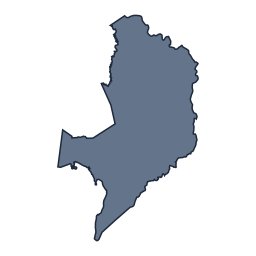 Santa Cruz de Yojoa, Cortés, Honduras
{"feature_id": "27666195B60496786118463", "entity_name": "Santa Cruz de Yojoa", "entity_type": "district", "adm_level": 2, "iso_a3": "HND", "parent_name": "Honduras", "parent_adm1": "Cortés", "projection": "equal_earth", "projection_center": [-87.884, 14.996], "detail": "fine", "context": "isolated", "style": "filled", "palette": "slate", "viewbox_px": 256, "rotation_deg": 0, "n_neighbors": 0, "source": "geoboundaries", "source_scale": "gbopen_adm2", "svg_char_len": 5715}
<svg xmlns="http://www.w3.org/2000/svg" viewBox="0 0 256 256"><path d="M94.4,238.6L94.9,239.3L96.5,240.6L97.4,240.6L98.0,240.3L99.0,239.2L102.0,232.3L114.5,220.9L130.2,207.2L132.5,206.6L133.7,205.7L134.2,204.4L135.1,201.2L136.8,197.2L138.2,197.0L139.0,196.4L140.8,192.9L141.6,192.6L142.6,191.6L143.3,191.5L144.0,190.8L144.8,190.8L145.1,190.5L145.4,189.5L145.4,188.5L144.7,187.1L144.7,186.8L145.3,186.1L146.8,185.0L147.2,182.7L147.7,181.6L148.7,181.5L149.4,181.1L150.4,181.1L150.9,180.8L153.7,180.6L154.0,180.4L154.2,179.6L154.5,179.4L155.6,180.4L156.9,180.5L158.5,178.8L158.4,178.2L157.7,177.7L157.7,177.4L160.3,176.9L160.7,177.4L161.4,177.2L161.8,176.7L162.3,174.8L163.0,173.8L163.5,174.0L164.1,174.6L164.5,175.6L165.2,174.5L166.6,173.9L168.4,172.3L168.8,170.4L169.7,168.9L169.4,167.5L169.8,165.6L171.7,166.0L173.3,166.7L173.9,167.3L174.9,167.1L175.7,167.5L176.0,167.4L176.1,166.9L175.9,164.4L176.2,163.1L175.6,162.3L175.5,161.7L176.4,161.4L177.2,159.4L178.3,158.1L179.3,157.8L182.8,157.5L184.6,156.6L185.1,157.0L185.7,157.0L186.4,156.5L187.3,154.7L188.1,154.6L189.3,153.5L190.1,153.9L190.8,153.7L191.1,152.2L193.2,150.9L193.5,150.3L194.2,148.4L195.5,145.8L195.9,144.5L196.2,141.9L196.9,140.3L196.8,139.1L195.9,135.1L195.2,134.0L194.1,134.1L193.4,134.0L193.2,133.1L193.7,130.9L194.0,126.8L193.5,125.2L193.4,123.6L193.5,122.9L194.2,121.7L194.1,119.3L194.3,118.6L194.8,118.3L195.5,118.4L196.2,119.1L196.9,117.3L197.0,116.3L196.3,114.3L195.8,113.7L193.7,112.7L192.4,109.8L192.1,107.8L192.5,104.6L191.6,103.1L190.7,101.0L190.4,99.9L190.4,98.5L190.8,97.3L191.3,95.2L192.3,92.9L192.7,91.5L192.7,90.1L192.2,87.6L192.4,84.3L192.6,83.5L195.7,82.1L197.6,79.9L198.0,79.2L198.1,77.7L197.4,76.0L197.1,75.7L195.9,75.6L195.5,75.1L195.7,73.5L196.7,72.5L196.9,71.8L196.5,70.6L195.4,69.8L195.1,69.0L195.4,67.6L196.0,66.5L197.8,64.1L198.0,63.6L197.9,63.3L196.1,62.0L194.9,62.3L194.2,60.8L192.6,59.2L190.3,55.1L189.5,54.5L189.0,53.7L188.7,53.0L188.7,51.1L188.0,50.0L185.8,48.6L182.9,47.0L182.1,45.5L181.6,45.4L180.1,46.8L179.0,47.2L177.5,48.8L175.8,49.3L174.9,49.1L174.7,48.4L174.0,47.8L171.4,47.1L170.2,47.1L169.7,46.9L169.3,46.2L169.2,45.1L169.4,44.8L170.2,44.9L170.5,44.7L170.7,42.0L170.7,41.0L168.5,36.5L166.9,36.7L166.1,37.0L165.1,38.1L164.3,39.6L163.3,40.2L162.7,39.7L162.2,38.6L162.0,35.2L160.5,34.0L159.0,34.1L157.9,34.8L156.1,35.7L155.3,35.7L154.3,35.1L153.6,35.0L152.4,35.9L151.3,36.1L150.7,36.0L148.9,34.6L148.3,34.0L147.4,32.4L147.9,30.1L148.7,28.4L148.5,26.6L148.2,25.6L147.5,25.0L146.0,25.1L144.9,24.2L142.8,21.4L142.3,20.4L141.7,17.1L141.1,16.4L139.9,15.8L136.6,15.4L133.9,15.4L131.0,16.2L130.1,16.6L128.8,17.4L127.4,17.7L126.3,17.3L124.6,15.8L110.3,25.4L111.2,25.8L112.0,25.2L112.1,25.5L111.8,26.3L112.3,26.4L112.6,28.0L113.0,28.4L113.3,29.3L113.6,29.5L114.0,29.3L114.5,29.6L115.3,29.1L115.4,29.3L115.3,29.7L115.8,30.0L115.8,30.3L116.2,31.2L116.1,31.9L115.5,32.7L115.3,33.5L114.6,33.9L115.0,34.4L115.0,34.6L113.8,34.7L114.1,35.3L113.9,36.0L114.5,36.4L115.3,35.7L115.5,35.8L115.5,36.6L115.0,36.8L114.8,37.5L115.5,37.7L115.2,38.1L115.3,38.6L116.0,38.3L116.2,38.5L116.0,40.2L116.7,39.3L117.0,39.3L117.1,40.1L116.6,40.3L116.6,41.9L116.8,42.2L117.1,42.2L117.3,41.2L117.8,41.1L118.1,41.4L118.1,41.7L117.5,42.0L117.4,42.3L117.9,43.7L118.0,44.5L117.1,45.0L115.7,45.3L115.3,45.7L115.2,46.1L115.1,47.5L115.6,48.0L116.1,49.0L116.9,49.6L116.8,51.0L116.2,51.3L114.4,51.3L114.3,51.6L115.1,52.1L115.2,52.5L114.3,53.8L114.0,56.3L113.5,56.7L112.4,56.8L112.4,56.6L113.0,56.3L112.9,56.1L112.6,56.0L111.6,56.7L112.1,57.5L111.6,59.3L112.0,60.3L112.2,61.5L111.9,62.6L111.3,63.0L111.7,63.4L111.6,64.3L111.3,64.6L110.7,64.5L110.5,64.8L110.5,65.1L111.2,65.7L110.8,66.1L110.7,67.2L110.5,67.3L110.2,66.7L109.8,66.7L110.2,70.7L110.2,71.1L109.8,71.3L109.7,71.6L109.9,72.4L110.9,73.6L110.6,74.2L110.9,75.2L110.2,75.8L110.1,76.2L110.2,76.3L110.7,76.1L110.8,76.4L110.9,76.9L110.3,77.1L110.3,77.4L111.5,78.0L111.4,78.2L110.9,78.8L111.4,80.3L110.8,80.1L110.7,80.1L110.8,81.2L110.5,81.0L110.4,81.5L109.9,82.0L109.8,83.7L109.4,84.2L108.7,84.4L108.3,86.0L107.8,85.6L107.3,86.0L106.9,85.4L105.9,85.1L105.9,84.5L105.1,84.7L105.0,84.2L104.6,84.1L104.2,84.7L103.8,84.7L103.7,84.4L103.6,83.4L103.5,83.2L103.0,83.5L102.1,83.2L101.3,83.6L110.9,105.1L115.1,123.9L93.0,138.1L87.0,138.3L86.9,138.0L85.9,137.5L85.4,136.6L84.1,136.5L83.4,136.2L80.7,137.3L78.2,137.0L77.9,137.0L77.7,137.5L71.9,137.9L71.9,136.3L62.7,129.9L57.9,166.9L60.6,167.3L70.3,163.7L70.9,164.0L71.2,165.1L71.2,166.4L71.6,166.5L71.9,166.2L72.5,166.6L72.7,166.0L73.3,165.8L73.6,165.5L74.0,165.5L74.2,165.2L74.3,163.9L74.7,162.7L73.9,162.7L73.8,162.3L75.6,161.5L76.8,162.3L77.2,162.2L77.5,162.5L79.2,163.1L79.5,163.6L80.2,163.7L81.7,164.8L83.8,165.8L84.4,166.2L85.8,166.4L86.7,167.4L87.5,167.4L88.3,167.8L88.5,167.1L89.1,167.1L89.4,167.9L90.0,168.5L89.7,168.9L88.5,168.2L88.3,168.4L88.4,168.8L89.2,170.1L90.8,172.0L91.4,173.0L91.7,174.4L92.7,174.8L92.9,175.9L94.4,178.8L94.3,180.2L94.6,181.2L95.4,181.7L96.0,181.6L96.5,181.1L96.9,179.7L97.2,179.5L98.2,179.4L99.0,179.5L101.6,181.0L102.4,182.3L102.5,183.8L103.2,185.9L105.9,190.0L106.2,190.2L106.4,190.1L106.7,190.4L106.6,191.9L106.7,193.4L106.6,194.5L104.7,198.9L104.1,199.9L103.7,201.2L103.5,203.0L103.6,206.8L102.0,210.0L101.1,212.8L100.4,213.4L99.4,213.9L98.6,214.9L97.9,214.5L97.6,214.6L96.5,216.0L96.3,219.4L96.0,220.0L96.0,220.7L95.6,221.9L95.4,224.5L95.5,225.8L95.3,227.1L95.5,228.2L95.9,231.7L95.7,233.4L95.4,233.9L95.3,234.8L94.4,238.6ZM75.9,169.1L76.7,168.1L76.6,167.4L76.3,167.1L74.4,166.7L72.3,167.3L71.8,167.5L71.7,167.9L71.8,168.5L72.5,168.8L72.9,168.5L74.5,168.5L75.9,169.1ZM96.2,184.9L96.4,184.8L96.4,183.8L96.0,182.6L95.6,182.5L95.3,182.9L95.3,184.6L95.5,184.8L96.2,184.9Z" fill="#64748b" stroke="#1e293b" stroke-width="1.5"/></svg>